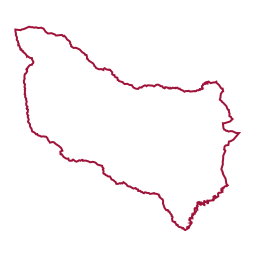 Comodoro, Mato Grosso, Brazil (orthographic projection), rotated 269°
{"feature_id": "56859067B94261224091437", "entity_name": "Comodoro", "entity_type": "district", "adm_level": 2, "iso_a3": "BRA", "parent_name": "Brazil", "parent_adm1": "Mato Grosso", "projection": "orthographic", "projection_center": [-59.748, -13.193], "detail": "fine", "context": "isolated", "style": "outline", "palette": "rose", "viewbox_px": 256, "rotation_deg": 269, "n_neighbors": 0, "source": "geoboundaries", "source_scale": "gbopen_adm2", "svg_char_len": 5779}
<svg xmlns="http://www.w3.org/2000/svg" viewBox="0 0 256 256"><g transform="rotate(269 128 128)"><path d="M25.0,183.5L27.1,187.1L27.4,187.2L27.2,185.6L27.8,185.4L28.8,187.7L31.6,189.7L31.9,188.8L32.1,189.5L32.7,189.8L33.2,188.9L34.3,188.6L35.1,187.6L35.6,187.8L35.6,188.3L36.4,188.3L36.5,190.0L36.9,189.5L37.0,190.6L37.7,190.9L38.6,190.3L39.2,190.7L40.5,190.8L40.1,191.7L41.4,191.9L41.1,193.2L42.4,193.4L43.2,194.6L43.6,194.7L43.4,193.3L46.2,193.2L46.7,193.6L46.8,194.2L45.6,195.8L47.5,195.7L48.3,196.2L48.9,195.5L49.8,196.2L52.2,196.1L52.5,196.7L51.2,197.1L51.1,197.6L52.6,198.3L52.3,199.0L51.5,199.4L50.3,198.8L49.9,199.5L50.7,200.3L51.9,200.0L52.1,200.3L49.7,202.7L49.6,203.1L50.1,203.2L51.1,202.6L53.5,202.9L53.6,203.3L52.7,203.9L52.7,204.9L51.4,206.2L51.5,206.7L52.3,206.9L52.8,206.0L54.0,206.0L54.1,206.6L53.6,207.2L54.0,208.5L54.2,212.2L54.8,212.5L54.8,211.5L56.7,212.8L57.5,212.2L57.9,212.6L57.7,213.2L57.9,213.5L58.5,213.4L58.6,213.8L57.7,214.2L57.6,215.2L56.9,215.0L58.1,217.1L61.0,216.9L61.7,217.8L61.7,219.5L62.5,221.3L63.8,220.4L64.1,221.2L65.2,220.4L65.5,221.6L66.4,221.5L66.4,222.6L67.6,223.3L68.1,224.2L68.1,225.6L68.9,226.7L70.4,225.4L75.6,224.7L80.1,222.3L81.0,222.3L81.5,221.8L82.3,221.9L85.3,220.6L90.0,222.2L92.8,222.1L94.3,222.5L98.8,222.8L103.3,224.9L103.8,224.9L104.8,223.7L105.9,224.1L106.8,224.0L108.0,224.4L108.9,225.5L109.2,228.0L112.7,228.7L113.0,230.3L114.5,233.2L121.0,238.9L121.1,236.1L122.9,232.5L123.1,230.3L122.7,228.3L123.5,227.2L123.4,226.2L124.5,225.1L124.7,224.2L126.3,223.4L131.1,223.0L131.0,224.2L132.7,230.1L135.1,232.7L135.8,231.8L137.2,231.2L138.1,229.6L140.7,229.8L142.2,229.2L144.2,229.2L144.4,228.4L145.9,227.5L148.1,226.8L151.8,223.4L152.6,222.3L153.4,222.0L154.7,220.3L156.5,220.9L160.5,221.4L162.5,222.8L163.1,223.8L165.7,223.3L165.7,222.4L166.6,221.5L169.2,219.9L171.7,217.3L172.7,217.1L172.0,215.7L172.1,214.3L171.4,211.5L173.0,209.4L172.7,208.3L172.3,208.8L172.1,208.4L171.0,208.3L171.2,207.3L172.0,207.6L172.3,206.6L171.4,205.3L170.7,205.6L170.3,203.7L169.3,203.6L168.7,202.8L167.5,202.6L167.0,203.2L166.0,203.4L165.5,202.5L165.7,200.6L164.8,200.4L165.0,199.8L164.4,198.9L164.5,197.6L163.7,196.7L163.5,195.6L163.8,195.3L163.4,192.1L163.5,190.2L164.1,189.5L163.8,187.9L164.0,186.7L163.3,185.1L164.5,183.5L165.7,180.8L166.4,180.5L166.4,179.1L167.4,178.2L167.0,176.4L167.4,176.3L167.1,174.8L167.5,173.3L166.8,172.3L167.4,171.0L166.8,170.9L166.7,170.3L167.0,169.1L167.6,168.8L168.1,166.4L167.6,165.9L167.8,165.6L167.1,165.2L167.9,163.6L169.1,163.0L169.3,161.1L169.9,160.8L170.8,158.9L170.7,157.1L169.2,155.0L169.2,154.4L169.9,153.5L170.3,149.5L170.3,148.4L169.5,147.3L170.2,146.5L170.3,145.4L168.9,142.8L168.3,142.5L168.3,140.1L166.9,138.8L167.2,136.5L168.4,134.1L170.8,132.5L171.0,130.4L172.2,128.1L172.0,125.5L172.8,124.3L173.9,123.6L175.1,119.8L176.0,119.3L176.2,118.5L178.5,118.2L179.0,116.3L179.7,115.6L181.1,115.4L181.3,114.1L182.1,113.1L184.0,113.2L186.5,111.0L186.8,110.2L186.4,109.8L187.0,107.3L188.2,105.7L187.3,104.3L186.5,104.3L187.4,102.2L187.2,100.1L188.5,97.2L190.1,96.2L190.7,95.4L191.9,95.1L193.2,94.2L196.1,89.9L197.4,89.2L198.0,88.2L198.9,88.4L201.7,87.8L201.9,86.4L203.0,86.0L204.6,83.5L207.1,81.3L207.9,80.1L209.1,77.3L209.0,75.0L210.6,72.6L211.8,72.7L213.4,71.6L214.5,71.7L215.9,71.0L217.5,68.7L220.1,67.1L221.3,65.8L220.8,65.3L220.9,64.8L222.2,63.6L221.7,57.6L222.8,56.5L224.1,53.3L223.9,49.6L225.7,47.3L228.8,45.3L229.8,42.9L229.5,39.8L230.3,37.9L229.9,36.0L230.5,34.3L230.4,32.9L231.0,30.9L228.7,25.5L228.4,23.5L227.7,22.3L228.4,17.1L226.0,17.2L224.3,17.7L223.2,17.4L220.4,18.6L218.1,18.3L216.6,19.5L215.7,19.5L214.0,20.2L213.2,19.6L212.8,19.7L213.1,20.1L211.6,21.0L210.0,21.4L209.3,21.9L208.6,21.8L208.5,22.5L208.0,22.3L207.0,24.1L206.3,23.9L205.8,24.9L204.7,25.7L204.3,26.5L201.8,28.2L201.2,28.3L201.6,28.8L199.9,31.1L199.5,33.2L198.5,33.1L195.7,34.6L194.6,34.3L193.8,33.4L193.0,33.2L192.5,30.8L189.1,27.9L188.9,28.2L188.1,27.5L187.7,28.1L186.3,28.1L184.4,26.9L183.8,25.9L182.6,25.5L180.3,25.3L179.3,25.6L176.9,24.7L174.8,24.8L173.5,25.8L170.8,25.2L169.4,25.9L168.1,25.4L167.6,25.7L164.4,25.4L164.0,25.7L163.4,25.3L162.3,25.9L160.7,25.7L159.0,26.8L158.2,26.5L156.2,27.2L154.2,26.6L152.6,26.7L150.9,27.9L149.6,27.1L149.4,27.4L148.7,27.3L148.2,28.3L145.5,28.0L145.1,27.4L143.5,27.5L142.1,28.5L141.0,27.9L138.2,28.9L136.0,28.1L133.6,30.0L131.8,30.0L129.9,30.7L129.4,31.4L126.3,32.1L125.0,34.6L123.4,35.9L123.5,37.1L122.9,37.2L122.0,38.4L121.7,39.8L120.9,41.1L121.1,42.9L120.7,45.9L119.4,47.2L117.8,47.7L114.7,49.8L115.3,52.1L114.9,53.8L113.2,55.6L111.2,58.6L109.1,60.9L106.4,62.0L105.6,60.0L103.1,60.0L102.8,60.4L103.0,61.2L100.3,63.0L98.6,65.5L98.3,66.8L98.5,67.8L97.1,68.1L96.3,68.9L96.3,71.4L97.3,72.2L97.3,72.8L95.9,74.4L95.2,76.0L96.6,78.7L96.1,79.8L97.0,81.6L96.9,82.0L96.0,82.3L96.2,84.9L95.4,87.7L94.4,89.5L94.8,91.9L94.5,93.7L93.8,95.1L91.9,97.0L90.6,101.5L89.1,101.8L88.1,102.8L86.9,102.1L86.3,102.6L85.1,102.8L83.3,102.5L82.7,102.9L82.3,104.1L81.3,104.8L80.9,106.1L80.0,107.0L79.8,109.2L76.9,110.6L76.2,112.3L74.0,114.8L72.4,115.3L72.3,117.1L73.0,118.9L72.6,119.7L73.0,120.4L72.7,121.5L73.9,122.5L71.6,125.5L70.2,126.4L69.6,127.5L69.6,128.7L67.4,132.2L67.8,134.6L66.8,135.3L66.3,137.0L64.9,137.1L64.9,139.2L63.8,140.1L63.8,141.1L62.7,142.1L62.5,142.9L63.3,143.7L63.3,144.7L62.8,145.5L62.6,147.7L61.8,148.6L61.9,150.8L62.5,152.8L61.9,153.1L61.8,154.9L60.9,157.6L59.6,157.8L59.2,158.5L58.3,158.4L56.3,160.7L56.0,161.4L54.0,161.9L52.3,161.6L47.4,163.2L45.2,164.8L45.3,166.0L44.9,166.9L43.8,166.9L43.4,168.1L42.6,168.3L40.1,170.2L39.3,170.0L38.5,170.9L37.6,171.0L36.5,170.4L34.1,170.9L33.2,172.4L33.4,173.1L33.2,173.5L32.7,173.3L30.6,174.8L30.4,175.4L30.1,175.1L29.5,176.1L28.4,176.9L27.4,180.2L26.6,180.6L26.9,181.6L25.3,182.7L25.0,183.5Z" fill="none" stroke="#9f1239" stroke-width="2"/></g></svg>